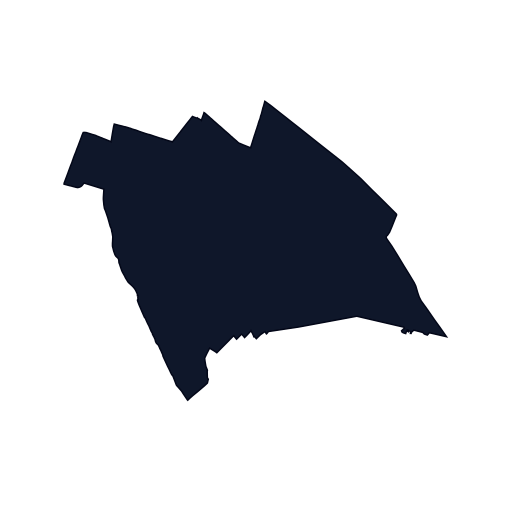 the district of Iztapalapa, Distrito Federal, Mexico, rotated 10°
{"feature_id": "50627088B81383343299942", "entity_name": "Iztapalapa", "entity_type": "district", "adm_level": 2, "iso_a3": "MEX", "parent_name": "Mexico", "parent_adm1": "Distrito Federal", "projection": "natural_earth1", "projection_center": [-99.063, 19.343], "detail": "fine", "context": "isolated", "style": "filled", "palette": "ink", "viewbox_px": 512, "rotation_deg": 10, "n_neighbors": 0, "source": "geoboundaries", "source_scale": "gbopen_adm2", "svg_char_len": 6026}
<svg xmlns="http://www.w3.org/2000/svg" viewBox="0 0 512 512"><g transform="rotate(10 256 256)"><path d="M64.3,164.7L63.7,167.4L63.3,169.9L63.1,170.9L62.6,173.6L62.1,176.2L61.5,179.5L61.0,181.7L60.5,184.8L59.9,187.5L59.2,191.2L59.0,192.6L58.7,194.2L58.5,195.8L57.8,199.0L56.6,205.6L56.3,207.4L55.5,211.6L54.9,214.8L54.4,217.4L54.4,218.0L54.5,218.6L55.9,218.7L60.3,219.1L61.0,219.1L62.6,219.2L63.3,219.3L65.9,219.5L66.4,219.5L66.7,219.6L67.7,219.6L68.4,219.6L68.8,219.5L69.7,219.1L70.1,218.9L70.6,218.6L71.3,218.1L71.5,217.9L71.8,217.6L72.3,217.0L72.6,216.5L73.4,215.0L73.6,214.7L74.0,214.0L94.6,216.6L95.5,224.7L95.8,226.6L96.2,228.1L97.3,232.1L98.5,235.5L99.5,237.0L100.1,238.0L103.4,244.0L104.9,247.1L105.7,248.8L107.2,251.9L107.6,252.6L107.9,253.0L108.7,254.2L108.8,254.4L109.0,254.9L109.9,257.4L110.1,257.6L111.3,261.0L111.5,261.5L111.6,261.8L111.6,262.0L111.7,262.4L111.9,264.0L112.2,266.2L112.3,267.2L112.4,268.2L112.5,268.5L112.5,269.0L112.7,269.8L112.8,270.6L113.1,271.7L113.5,272.5L114.3,274.3L115.0,275.9L116.7,278.9L117.2,279.6L117.9,280.4L118.7,281.0L120.3,282.0L120.8,282.5L121.2,283.0L121.3,283.3L121.6,284.0L122.0,285.5L122.2,286.3L122.4,286.7L123.1,287.8L123.9,289.3L126.2,293.5L127.0,294.7L128.1,296.1L130.4,298.9L131.1,300.0L134.3,303.6L134.6,303.9L135.1,304.3L135.4,304.5L136.2,305.0L137.8,306.0L138.6,306.5L140.2,307.6L141.4,308.6L142.1,309.2L143.1,310.3L144.1,311.6L145.6,313.8L145.8,314.3L146.0,315.0L146.1,315.6L146.7,315.5L146.9,317.7L147.4,319.3L147.1,319.5L146.9,319.9L147.0,320.3L147.1,320.5L147.5,321.3L148.0,322.2L149.2,324.2L149.8,325.2L151.3,327.4L153.3,330.5L155.3,333.5L156.9,335.9L157.3,335.7L159.3,338.8L160.6,340.7L161.2,341.5L161.4,341.8L162.6,343.3L164.7,346.6L165.3,347.4L165.8,348.3L167.0,349.6L167.4,350.2L167.6,350.9L168.2,351.7L168.7,352.4L169.6,353.5L170.0,354.1L170.7,355.1L171.1,355.7L171.8,357.4L172.2,358.0L172.8,358.9L173.9,359.8L174.8,360.3L175.1,360.6L175.8,361.4L176.9,363.0L177.4,363.9L178.0,364.6L178.7,365.5L179.7,367.1L180.3,368.0L180.9,368.8L181.4,369.7L181.8,370.8L183.8,373.7L188.1,379.9L189.0,381.1L189.7,382.0L192.0,385.3L193.4,387.2L194.1,387.9L195.0,388.6L195.2,388.9L198.2,393.9L199.6,396.3L200.3,397.3L201.4,398.1L206.1,401.9L206.5,402.3L208.3,404.3L213.3,409.5L213.8,409.9L215.7,407.3L216.9,405.8L218.0,404.4L221.9,399.9L224.3,397.0L226.2,394.7L227.6,393.0L230.1,389.7L230.2,389.4L230.3,387.0L230.4,385.6L229.5,384.7L229.1,383.7L228.3,379.7L228.1,378.6L228.0,378.3L228.0,377.1L227.6,376.3L225.8,373.4L224.0,368.3L223.2,365.5L223.8,363.2L224.5,360.6L226.3,354.8L231.9,357.0L232.8,357.4L234.2,358.1L237.5,353.3L244.1,343.8L244.7,342.8L245.4,341.9L245.9,341.1L246.9,339.7L247.9,338.4L251.3,341.3L251.8,340.6L254.4,336.8L255.4,335.5L255.7,335.6L257.8,337.3L258.9,338.3L260.6,335.9L263.8,330.9L264.0,330.4L264.7,331.3L265.1,331.8L265.5,332.2L265.8,332.6L266.2,333.2L267.0,334.3L267.8,335.7L268.0,335.9L268.3,335.4L270.7,337.4L274.5,332.1L274.9,331.6L275.0,331.8L277.9,328.9L279.8,330.9L280.0,330.7L280.4,330.1L281.0,328.9L281.4,328.3L281.7,328.1L310.4,318.5L365.7,297.8L414.0,300.4L414.7,301.3L412.3,304.4L413.1,305.6L413.3,305.7L414.3,306.0L415.2,306.2L416.9,306.4L417.1,304.5L417.4,304.4L417.7,302.6L418.3,302.7L418.1,303.5L419.3,304.1L419.5,302.8L421.4,303.6L421.5,305.4L422.2,305.3L422.0,303.6L422.8,303.6L424.2,301.7L425.6,301.7L433.5,302.3L435.3,303.6L437.7,304.0L438.5,304.1L440.0,301.5L444.4,301.7L457.6,302.4L449.7,294.5L443.1,288.1L434.9,279.8L432.5,277.4L429.9,274.9L426.4,271.5L423.8,268.0L421.6,264.0L418.6,257.9L416.4,254.8L410.3,247.8L403.6,240.3L395.5,231.0L387.9,222.5L382.8,217.4L381.6,216.1L381.0,215.3L381.0,214.2L381.2,213.5L381.8,212.9L383.4,209.4L384.8,203.3L387.0,192.6L387.3,191.8L387.2,190.6L386.8,190.2L368.6,177.5L359.2,171.1L345.9,161.7L334.7,154.7L324.8,148.6L323.0,147.6L299.5,135.0L275.2,121.8L268.8,118.4L261.4,114.4L255.2,111.1L249.8,108.2L245.2,105.7L238.1,102.2L237.8,102.1L237.6,104.7L237.3,107.8L237.1,108.6L237.1,108.8L236.9,111.7L236.7,114.4L236.6,115.5L236.3,117.1L236.2,118.6L236.2,119.3L236.0,120.7L235.8,121.7L235.7,122.0L235.6,122.6L235.2,125.6L235.2,126.3L235.0,127.4L234.8,128.8L234.6,130.6L234.4,131.6L233.9,135.2L233.8,136.0L233.5,137.8L233.3,139.3L232.8,143.3L232.5,145.7L232.2,147.9L232.1,148.4L232.0,148.9L232.0,150.4L230.5,150.1L228.5,149.7L226.6,149.3L225.7,149.1L224.6,148.9L220.8,148.0L219.6,147.8L218.8,147.4L216.8,146.1L212.6,143.6L211.6,142.9L210.4,142.3L209.4,141.6L208.3,140.9L207.5,140.4L206.7,139.9L205.8,139.4L204.7,138.7L203.6,138.1L202.7,137.5L201.7,136.9L200.6,136.2L198.2,134.7L197.2,134.2L195.1,132.9L193.8,132.1L192.7,131.4L191.6,130.8L189.1,129.2L188.0,128.5L187.4,128.2L186.9,127.9L186.6,127.7L185.9,127.2L185.0,126.7L184.7,126.5L184.2,126.2L181.9,124.8L180.9,124.2L179.9,123.8L179.7,125.6L179.3,127.8L179.1,129.0L178.8,130.8L178.7,132.0L177.9,131.5L174.6,130.4L174.3,130.2L174.2,130.5L173.8,130.5L173.5,130.4L172.1,130.2L170.4,129.9L169.2,129.6L168.0,131.8L167.6,132.6L166.8,134.1L166.0,135.5L165.4,136.6L164.8,137.7L163.9,139.4L163.0,141.1L161.5,143.9L161.3,144.3L160.1,146.5L160.0,146.9L159.8,147.3L159.4,147.9L153.8,158.3L153.0,157.9L152.3,157.9L150.1,157.7L149.4,157.6L147.8,157.4L142.2,156.6L141.6,156.6L141.2,156.6L137.2,156.0L136.5,155.9L135.6,155.8L134.4,155.6L131.3,155.1L131.2,155.1L130.3,155.0L129.9,154.9L129.3,155.0L128.9,154.9L127.5,154.8L127.3,154.7L126.8,154.7L126.0,154.6L124.8,154.4L124.0,154.3L119.5,153.6L119.0,153.5L118.1,153.3L115.4,152.8L115.2,152.8L114.6,152.8L114.0,152.7L113.1,152.6L111.5,152.4L110.8,152.2L110.2,152.1L109.6,152.0L109.0,152.0L108.4,151.9L107.8,151.8L107.0,151.7L106.6,151.7L106.0,151.6L105.0,151.5L103.4,151.5L101.8,151.3L98.2,151.1L97.2,151.0L93.5,150.7L93.3,153.3L93.3,156.5L93.3,157.0L93.3,160.1L93.4,168.7L93.1,168.6L92.0,168.3L91.1,168.1L89.2,167.7L87.8,167.4L86.9,167.2L85.8,167.0L85.2,166.9L84.7,166.8L84.1,166.6L83.8,166.5L82.4,166.3L82.0,166.2L80.2,165.8L78.6,165.5L77.8,165.3L77.3,165.1L74.7,164.8L74.2,164.8L73.5,164.7L72.1,164.5L67.3,163.9L65.3,164.1L64.4,164.4L64.3,164.7Z" fill="#0f172a" stroke="#020617" stroke-width="1.5"/></g></svg>